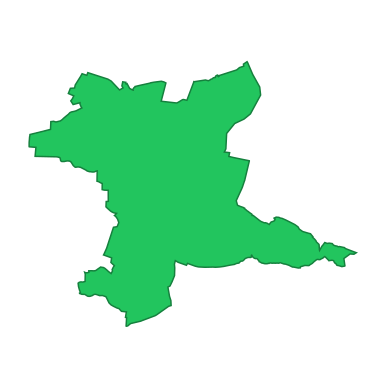 outline of Simeria, Hunedoara, Romania, rotated 85°
{"feature_id": "2599482B51970777066568", "entity_name": "Simeria", "entity_type": "district", "adm_level": 2, "iso_a3": "ROU", "parent_name": "Romania", "parent_adm1": "Hunedoara", "projection": "mercator", "projection_center": [23.018, 45.861], "detail": "fine", "context": "isolated", "style": "filled", "palette": "green", "viewbox_px": 384, "rotation_deg": 85, "n_neighbors": 0, "source": "geoboundaries", "source_scale": "gbopen_adm2", "svg_char_len": 5920}
<svg xmlns="http://www.w3.org/2000/svg" viewBox="0 0 384 384"><g transform="rotate(85 192 192)"><path d="M303.3,222.7L298.4,222.5L293.9,223.5L284.6,224.3L283.7,222.1L279.5,219.6L273.8,216.7L266.2,215.8L262.4,215.8L258.9,214.6L260.8,212.0L264.5,203.9L262.7,202.7L266.2,195.2L267.2,192.1L268.1,185.6L268.6,177.8L269.0,175.2L269.1,171.0L268.9,166.7L268.2,160.9L267.8,155.8L267.5,155.3L267.1,154.0L267.0,153.4L266.9,151.7L266.8,151.3L266.6,151.1L266.1,150.6L265.3,149.6L265.2,149.0L265.2,148.2L265.2,147.9L264.9,147.1L264.4,146.5L264.0,145.9L263.4,145.4L262.9,144.7L262.4,143.2L262.1,141.9L262.3,139.1L262.1,138.7L261.4,138.4L260.4,138.4L260.1,138.2L260.3,137.8L261.2,137.6L262.2,137.0L263.4,135.7L263.9,134.6L263.9,134.4L264.0,133.2L264.5,132.6L265.7,131.9L266.6,131.3L267.3,131.1L267.3,130.9L268.9,128.6L269.1,127.6L269.4,126.9L269.8,125.6L269.9,124.7L270.0,123.4L269.7,122.1L269.9,121.6L269.7,121.3L269.5,119.9L269.8,119.0L270.0,117.5L269.9,117.1L270.0,116.3L270.2,115.3L270.2,113.6L270.3,112.8L270.5,111.7L270.1,110.3L271.8,106.5L271.7,106.4L271.9,105.4L273.4,101.9L275.5,98.5L275.7,97.1L277.0,92.7L277.0,90.7L275.9,90.5L275.2,86.8L275.0,86.6L275.1,85.2L275.2,84.6L275.5,82.0L275.3,81.5L274.8,80.9L273.7,78.6L273.5,78.3L271.5,75.8L271.2,75.1L270.9,74.8L270.2,73.6L270.1,73.0L270.2,72.0L270.5,71.4L270.5,70.5L270.4,70.0L270.0,69.4L269.3,67.5L268.1,65.8L267.9,65.4L268.2,65.2L268.6,64.6L271.9,61.9L272.4,61.6L272.3,60.7L272.2,58.8L272.4,57.7L272.7,57.1L273.2,56.7L274.1,56.5L275.3,55.8L275.6,55.3L276.1,54.8L277.2,54.3L277.7,53.9L278.1,52.4L278.6,51.1L279.4,49.2L279.1,46.3L278.9,46.1L271.5,46.5L267.5,39.9L268.1,36.1L266.8,33.6L264.0,39.4L261.7,44.1L260.7,44.9L259.2,49.8L259.3,51.2L258.5,52.3L258.2,53.7L257.3,55.6L255.6,56.8L254.9,59.8L255.0,61.9L253.9,64.1L255.8,65.8L256.3,66.2L257.3,67.3L261.3,70.0L260.6,70.1L255.6,70.0L255.1,70.2L252.6,72.4L251.3,72.8L249.5,74.1L248.5,75.0L247.6,75.8L247.2,75.4L243.9,77.6L243.1,79.9L241.0,85.2L238.4,88.3L236.0,89.4L233.4,92.4L230.4,97.2L228.0,101.1L226.0,104.8L225.8,106.0L225.1,107.1L224.8,107.8L224.4,110.1L224.4,110.6L224.8,111.2L225.1,112.5L225.6,112.5L225.7,112.2L226.0,111.8L226.7,111.8L226.8,111.7L227.7,112.5L228.1,113.0L228.5,114.5L228.8,115.8L230.1,117.1L230.8,117.6L231.1,117.8L230.5,118.8L229.7,119.8L229.0,121.5L229.0,122.7L227.2,126.1L225.6,127.9L220.7,133.1L220.6,134.2L219.8,134.1L219.2,134.4L217.6,136.4L216.4,137.6L215.5,138.8L214.9,139.3L213.0,141.2L212.8,141.4L212.6,141.2L211.8,142.4L210.7,144.9L209.2,147.8L204.5,148.7L197.3,144.6L193.3,142.3L191.4,141.3L186.5,139.2L184.8,138.4L183.8,138.1L166.1,132.2L165.9,132.2L161.3,147.6L159.8,152.2L156.1,151.1L155.0,156.3L152.0,154.5L136.7,152.4L127.5,143.5L123.9,133.8L119.3,127.0L101.4,115.2L93.3,115.4L80.1,121.3L68.0,125.3L67.0,125.8L69.1,129.6L71.2,129.5L72.2,133.9L73.5,135.7L74.3,136.9L78.4,154.9L79.0,154.9L79.4,155.7L79.0,156.1L77.9,156.2L77.7,156.6L78.5,158.2L79.2,158.7L79.9,158.7L80.1,160.7L80.6,161.5L81.1,162.2L81.4,163.5L81.9,164.2L82.6,165.9L82.3,166.9L81.6,168.8L82.3,180.1L82.2,180.5L82.3,180.5L100.2,189.1L99.4,191.5L99.1,192.5L99.2,193.4L101.5,198.1L101.9,199.2L101.9,200.0L98.9,214.8L81.1,208.5L79.9,210.4L79.0,212.9L79.3,220.4L79.6,223.6L79.9,224.6L80.3,227.6L80.7,230.7L81.1,233.9L81.9,239.2L82.1,239.1L82.5,240.0L83.3,241.0L84.2,241.7L84.8,241.9L85.3,241.8L85.1,242.4L84.3,243.7L83.4,245.1L78.5,247.2L78.7,247.5L78.7,248.0L78.6,248.3L78.0,248.5L77.0,248.3L76.2,251.4L80.2,252.6L82.3,251.6L84.0,255.3L74.5,262.8L72.2,266.0L69.0,273.6L64.0,285.4L66.6,286.6L64.6,291.2L67.7,293.3L68.7,294.1L75.2,299.0L78.2,299.9L78.1,304.1L83.1,306.6L85.9,301.4L88.5,302.9L90.7,304.8L94.5,302.8L93.3,295.8L94.8,295.9L97.9,294.9L98.3,294.6L98.7,294.4L100.0,297.8L101.0,300.3L101.4,302.3L101.7,304.9L102.1,306.3L102.4,306.8L103.9,308.5L105.5,310.9L107.4,313.6L108.5,314.9L109.7,316.9L110.4,321.4L110.2,322.0L109.5,323.7L109.6,326.5L117.3,327.5L120.6,348.4L122.2,348.7L122.9,349.0L125.5,349.4L128.3,349.9L132.5,350.3L132.8,350.2L133.6,345.5L133.9,343.6L142.8,345.2L145.2,323.4L146.1,320.9L146.8,320.4L149.4,320.1L150.2,319.3L150.4,318.1L150.4,317.7L150.5,316.6L150.3,315.3L150.2,313.9L150.2,313.2L150.6,311.1L151.8,309.7L152.1,309.6L153.3,309.0L155.3,308.0L156.8,306.6L157.1,306.2L157.2,305.7L157.1,304.1L157.1,303.2L157.7,300.9L160.9,295.8L161.6,295.1L162.1,294.2L162.8,292.5L163.0,291.1L163.4,289.5L163.5,288.4L163.4,287.3L162.9,285.9L162.7,284.6L173.0,285.7L173.5,284.3L174.3,283.1L175.1,281.9L175.7,280.7L181.8,281.3L182.5,279.2L183.0,275.3L193.9,276.2L194.0,276.2L194.0,278.3L199.3,279.0L200.7,277.8L203.8,274.9L204.7,273.8L205.7,272.2L206.1,271.2L206.7,269.0L207.2,269.5L207.4,269.8L207.6,270.0L208.1,270.5L208.7,271.3L209.6,270.2L209.8,270.0L210.5,269.7L211.4,269.1L212.6,268.5L216.1,267.6L220.0,269.6L220.3,273.3L240.5,281.9L246.6,285.3L247.0,285.6L250.6,277.8L255.1,278.9L258.6,275.8L260.1,277.0L262.3,278.3L263.8,278.1L266.2,279.7L265.5,280.5L264.6,281.4L264.1,282.0L263.0,283.0L262.2,283.7L260.4,285.5L259.9,286.2L259.4,287.1L259.4,287.3L258.8,289.6L259.3,290.4L260.1,291.8L260.9,293.2L261.5,294.0L261.9,295.1L262.0,296.1L262.0,296.7L261.9,297.5L261.8,298.1L261.7,298.7L261.6,299.8L261.6,300.6L261.5,301.2L261.5,301.7L263.0,301.7L263.1,302.1L263.2,302.8L263.3,304.2L263.2,304.7L263.0,305.2L262.6,305.9L264.4,305.5L271.8,306.3L272.1,307.8L272.2,309.0L272.0,309.6L271.9,310.5L271.9,311.1L272.1,312.0L272.2,312.4L272.7,313.0L272.9,313.4L276.4,313.3L280.6,312.5L280.8,312.3L282.5,312.0L283.2,313.4L283.2,313.0L284.3,310.6L284.7,307.6L286.6,305.2L287.0,303.7L287.0,302.5L286.5,300.4L285.5,298.5L285.5,297.0L286.1,295.4L287.2,293.0L287.2,292.6L287.3,290.2L288.8,286.9L290.6,286.1L295.3,284.3L297.4,282.5L299.0,280.2L301.0,276.9L301.8,274.9L304.7,272.7L305.7,268.0L305.7,267.8L311.1,269.2L311.4,268.1L316.9,268.9L319.6,269.3L319.9,269.3L320.0,269.1L319.8,267.7L317.7,264.6L316.2,254.3L315.8,253.1L312.0,239.5L311.3,238.0L303.8,225.2L303.3,222.7Z" fill="#22c55e" stroke="#15803d" stroke-width="1.5"/></g></svg>